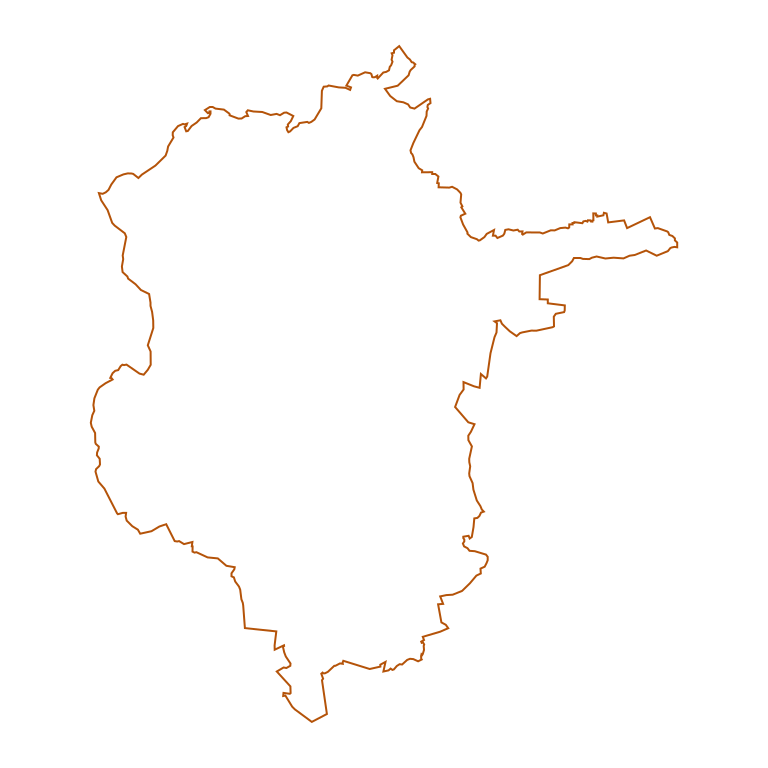 outline of Moinesti, Bacau, Romania
{"feature_id": "2599482B46572722657661", "entity_name": "Moinesti", "entity_type": "district", "adm_level": 2, "iso_a3": "ROU", "parent_name": "Romania", "parent_adm1": "Bacau", "projection": "mercator", "projection_center": [26.472, 46.47], "detail": "fine", "context": "isolated", "style": "outline", "palette": "amber", "viewbox_px": 768, "rotation_deg": 0, "n_neighbors": 0, "source": "geoboundaries", "source_scale": "gbopen_adm2", "svg_char_len": 6058}
<svg xmlns="http://www.w3.org/2000/svg" viewBox="0 0 768 768"><path d="M483.8,511.6L481.8,509.5L480.4,506.1L476.8,500.5L473.4,489.6L472.6,483.1L469.5,476.2L469.2,473.4L470.2,466.3L469.3,462.2L469.2,458.8L471.9,446.4L468.4,440.2L468.3,435.7L470.9,431.8L474.5,424.2L468.3,422.3L455.1,407.0L459.6,394.9L463.6,389.5L463.5,382.1L474.0,386.3L479.6,387.8L480.9,374.0L486.0,378.4L487.2,376.6L490.5,353.2L494.5,337.2L496.5,332.5L497.0,323.2L494.6,321.4L500.4,320.3L501.9,323.7L504.9,326.7L509.8,331.3L516.6,336.1L520.0,333.1L522.3,332.4L531.4,330.6L536.3,330.7L552.6,327.2L554.0,326.4L553.8,316.7L555.8,313.8L564.1,312.1L564.7,310.5L564.8,305.4L547.8,303.3L547.8,299.5L539.6,299.2L539.9,275.2L568.3,265.1L572.2,261.2L573.9,258.0L580.4,258.0L582.9,258.9L589.3,259.1L591.9,257.7L596.6,256.5L605.4,258.5L613.6,257.7L623.5,258.4L629.6,255.7L634.7,255.0L646.1,250.5L656.7,255.7L667.9,251.1L670.3,248.1L671.6,247.5L674.5,246.9L677.2,247.3L677.2,242.5L674.9,240.4L674.9,238.4L672.4,236.0L669.3,234.9L668.2,232.2L667.1,231.4L657.8,228.1L654.9,228.5L650.0,217.2L627.1,228.1L624.1,220.4L608.2,222.4L606.6,213.5L603.9,212.8L603.4,215.3L597.3,216.6L597.3,215.4L595.9,215.4L595.9,213.5L593.3,213.4L593.4,220.3L592.5,220.5L592.4,221.6L590.9,221.5L590.4,220.4L587.9,220.3L587.4,221.6L585.8,220.9L583.4,221.4L582.4,223.2L574.4,222.2L574.3,222.9L572.5,223.0L572.6,224.4L569.3,224.4L569.2,227.5L568.0,228.3L565.4,227.6L560.2,228.1L554.7,230.4L550.8,230.3L542.8,233.5L539.9,232.5L526.3,232.4L522.8,234.6L522.1,234.0L522.5,231.4L519.3,231.5L517.7,229.7L513.4,230.5L508.5,229.3L505.3,229.9L504.3,233.7L502.9,235.6L497.4,238.0L495.6,235.7L492.9,235.7L494.0,230.0L486.7,233.9L484.4,237.1L479.9,240.3L478.6,240.6L476.9,239.2L470.9,237.1L467.4,233.7L467.5,232.4L463.1,224.5L460.4,217.3L460.9,215.7L465.3,213.7L461.3,207.3L462.4,206.4L460.5,202.7L461.2,194.4L460.4,192.8L457.1,189.4L452.1,186.8L449.3,187.6L438.6,187.3L438.8,183.3L437.2,183.0L438.4,176.5L435.3,174.0L432.2,174.0L432.2,172.2L422.0,172.3L422.2,170.3L418.7,168.2L414.4,161.7L413.5,157.2L412.4,154.4L411.1,153.0L410.5,150.3L413.4,142.9L419.5,130.2L422.0,127.0L426.5,115.9L426.7,111.5L428.1,108.5L427.4,107.0L427.8,104.9L430.5,103.1L430.1,98.8L427.9,99.4L414.5,108.6L410.2,107.5L408.1,104.4L403.4,102.3L396.8,101.2L390.2,96.0L385.0,88.8L397.7,85.7L408.6,75.3L409.7,71.6L410.8,69.9L414.6,66.4L414.6,64.7L415.2,64.2L413.2,62.5L411.7,62.2L409.9,59.5L407.4,57.5L399.2,46.1L394.0,50.3L394.0,52.7L391.7,53.3L392.5,55.2L391.6,59.7L392.5,61.7L391.1,65.3L389.8,66.8L389.0,70.3L386.2,71.9L383.3,72.5L377.7,78.5L377.2,77.9L377.2,75.7L374.9,77.2L373.0,77.3L372.2,77.0L371.4,74.1L370.3,73.2L365.1,72.3L357.8,75.6L353.8,74.9L352.4,75.3L346.4,85.6L351.0,87.4L350.1,89.9L345.5,87.8L338.8,87.4L328.6,85.5L327.3,86.4L323.7,86.7L321.9,90.8L321.3,108.3L314.6,119.5L311.3,121.9L308.9,122.9L307.3,121.9L299.4,123.1L297.7,126.2L293.5,127.9L290.1,131.4L288.4,132.2L287.1,130.1L286.5,127.3L288.1,126.5L287.8,124.5L290.8,121.2L293.3,116.0L286.5,112.5L284.1,112.7L280.0,115.2L276.6,113.9L270.7,115.0L262.3,112.0L253.5,111.5L247.8,110.3L246.3,112.1L248.0,116.0L245.2,116.2L241.6,118.5L238.4,118.6L229.6,115.3L229.7,114.3L229.2,113.5L223.9,109.6L215.5,108.6L212.7,107.0L209.8,107.0L204.9,110.1L207.9,113.2L209.1,112.9L209.4,111.4L210.5,111.4L210.5,113.8L208.6,117.2L206.2,118.1L200.9,118.2L196.7,122.5L191.6,126.0L187.8,131.0L186.2,131.3L184.6,127.1L186.2,126.0L187.1,123.6L184.5,124.4L183.0,123.9L178.0,126.1L172.8,132.3L172.7,135.2L173.5,137.5L168.1,146.5L167.3,150.8L165.6,155.6L155.4,165.6L141.9,174.6L138.4,178.0L133.2,173.9L131.5,173.5L127.7,173.4L123.4,174.4L116.5,177.3L111.3,184.5L108.5,189.9L105.8,192.3L102.7,193.8L98.9,193.1L101.2,200.3L107.6,210.1L112.2,222.9L114.7,225.6L124.8,233.3L126.3,237.0L122.7,255.5L123.2,259.1L121.9,266.5L122.6,272.1L127.4,276.5L128.1,278.6L135.5,284.2L140.9,290.0L149.1,294.0L150.5,302.6L150.5,305.9L152.1,311.9L153.2,320.5L153.3,328.0L147.8,345.3L150.6,351.5L150.7,364.8L147.8,369.8L143.7,374.7L139.5,373.6L126.5,364.6L124.0,365.1L122.4,364.7L120.7,366.1L118.2,370.1L115.2,370.8L112.6,373.2L110.3,377.9L111.6,378.2L112.6,379.5L105.6,383.2L99.6,387.4L97.8,389.7L94.4,398.3L93.4,405.1L94.3,410.8L92.3,415.2L90.8,422.8L91.7,426.7L95.1,433.0L95.3,442.5L95.8,443.9L98.8,446.6L98.7,448.5L97.1,452.5L96.9,455.3L99.7,458.8L100.0,464.4L99.2,466.1L96.1,469.1L95.5,471.6L98.3,481.5L104.4,488.6L117.1,513.4L117.9,514.2L122.7,512.9L126.1,512.9L125.6,516.6L126.7,520.6L132.3,526.2L137.9,529.7L140.2,533.7L151.5,531.2L159.4,526.5L166.2,524.2L174.7,541.1L177.2,541.5L179.1,541.1L184.0,544.1L192.4,542.0L191.8,546.3L192.6,546.4L192.5,551.6L194.5,552.6L196.4,552.2L207.6,557.4L217.8,558.4L226.4,565.8L234.7,567.2L234.3,569.3L231.5,573.3L231.5,576.3L233.9,577.4L235.2,581.5L239.0,586.6L240.2,589.7L241.4,599.3L242.8,602.9L243.2,605.5L244.9,628.1L276.3,631.4L274.6,645.4L274.7,649.7L284.0,645.3L284.1,646.0L282.9,646.6L284.2,652.3L285.8,656.5L290.5,663.5L290.3,665.8L286.4,668.0L283.6,667.5L276.8,671.5L290.4,686.4L290.6,693.1L289.8,693.8L283.5,692.9L283.2,696.0L285.4,695.6L292.2,706.7L294.9,709.4L311.8,721.9L326.9,714.0L322.0,680.2L323.1,678.7L321.3,673.7L322.6,672.6L323.3,673.3L324.9,673.3L327.8,671.9L334.3,665.8L335.4,665.8L340.0,663.4L342.8,663.8L342.6,662.6L343.3,660.8L369.7,669.0L380.4,666.6L380.3,664.7L385.5,661.9L383.4,671.5L388.5,670.4L390.6,668.6L392.4,669.9L393.9,669.4L396.8,666.0L399.6,664.2L402.1,664.5L407.2,659.9L410.0,658.8L413.3,659.1L418.1,661.3L421.7,659.5L421.2,658.7L421.1,656.0L421.5,654.3L422.2,655.0L422.8,654.0L424.0,649.9L423.7,645.9L424.2,644.5L422.9,642.3L421.7,642.8L421.2,641.6L424.0,640.0L422.8,636.8L440.2,631.7L448.2,628.2L445.8,624.8L441.4,622.4L438.1,604.3L443.1,603.9L440.2,596.4L446.3,595.1L452.7,594.7L462.1,590.9L469.9,583.3L476.4,575.6L480.8,573.5L480.5,568.6L484.7,566.7L486.5,563.2L487.7,560.2L487.7,556.8L486.0,554.6L474.8,551.2L469.5,550.8L467.5,548.2L464.1,546.4L462.9,543.5L464.3,541.4L464.3,539.5L463.3,538.1L463.3,536.7L468.6,535.8L469.7,538.5L471.8,537.0L473.5,527.2L474.3,518.4L477.4,517.9L479.4,516.0L481.0,512.6L483.8,511.6Z" fill="none" stroke="#b45309" stroke-width="2"/></svg>